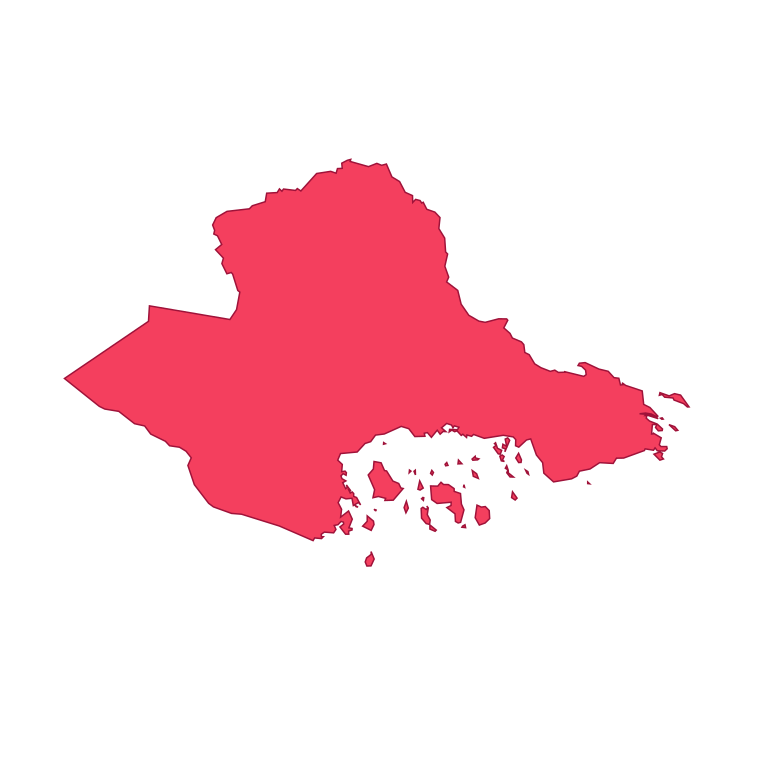 the district of Ghelaelo, Semenawi Keyih Bahri, Eritrea, rotated 120°
{"feature_id": "51966322B44831299318058", "entity_name": "Ghelaelo", "entity_type": "district", "adm_level": 2, "iso_a3": "ERI", "parent_name": "Eritrea", "parent_adm1": "Semenawi Keyih Bahri", "projection": "natural_earth1", "projection_center": [40.103, 14.909], "detail": "fine", "context": "isolated", "style": "filled", "palette": "rose", "viewbox_px": 768, "rotation_deg": 120, "n_neighbors": 0, "source": "geoboundaries", "source_scale": "gbopen_adm2", "svg_char_len": 6206}
<svg xmlns="http://www.w3.org/2000/svg" viewBox="0 0 768 768"><g transform="rotate(120 384 384)"><path d="M555.1,367.1L552.0,367.1L549.1,360.8L546.6,360.2L547.5,361.9L545.5,363.2L542.1,361.6L538.1,353.2L534.0,352.9L531.4,356.4L528.8,353.5L524.5,352.5L523.9,350.1L525.4,348.9L529.8,350.7L533.3,342.2L531.7,339.4L529.1,341.1L526.4,338.7L525.1,339.4L526.1,342.5L516.9,343.9L511.7,351.2L521.0,355.0L513.7,358.1L509.7,364.4L503.3,364.7L502.5,359.5L499.0,354.6L504.6,349.8L499.4,346.9L500.4,343.8L496.0,351.0L496.5,354.0L494.0,355.5L493.4,357.6L495.3,358.7L493.4,361.5L493.2,359.2L490.2,366.1L491.9,364.1L493.8,364.9L490.1,370.4L487.0,368.6L487.0,373.1L485.1,375.3L482.1,374.6L482.0,371.2L479.6,372.2L478.9,374.2L481.1,376.8L474.5,379.9L473.1,386.0L466.0,386.9L456.3,373.2L445.0,370.7L440.6,366.7L432.5,365.8L427.1,358.7L412.1,347.9L410.3,340.2L414.1,331.0L408.8,322.4L406.5,324.5L404.4,322.1L406.5,316.3L397.4,314.8L399.4,310.3L395.6,309.1L394.3,306.6L393.2,312.3L386.8,310.0L385.8,305.0L387.4,302.4L385.1,302.2L384.0,297.5L386.8,297.5L390.5,304.5L392.9,303.6L390.0,302.2L390.0,299.0L388.1,297.3L389.9,291.4L388.1,290.6L389.0,285.8L386.7,286.7L385.5,282.0L382.9,281.2L380.9,270.0L368.8,255.1L365.2,245.6L366.3,242.1L371.7,239.2L371.3,235.7L361.2,232.6L358.2,229.5L369.3,216.5L372.8,207.3L381.3,201.0L384.0,188.2L372.3,174.1L367.4,171.0L361.8,171.2L354.6,163.1L344.3,157.9L338.2,145.8L332.0,145.6L328.3,139.4L311.4,125.2L309.6,125.4L306.6,117.5L303.8,117.3L305.2,113.9L301.7,107.4L298.5,106.4L296.8,107.9L299.7,112.9L299.0,115.2L292.0,117.0L291.9,126.0L292.4,125.8L293.5,127.3L284.9,131.3L282.7,127.5L285.9,127.1L287.4,123.0L285.2,119.8L283.7,120.3L282.1,127.4L283.3,135.5L282.5,139.8L280.1,140.5L280.8,142.0L279.6,141.5L276.9,129.2L277.0,137.1L282.0,147.8L278.4,143.0L276.3,137.5L275.9,131.1L274.9,130.8L271.4,141.9L271.8,148.9L260.9,156.9L264.4,174.0L263.9,178.5L264.9,176.5L266.6,178.7L261.6,183.5L263.5,188.0L260.9,196.2L263.6,205.3L264.9,220.5L268.3,225.2L271.0,225.2L269.9,221.7L271.2,216.4L274.8,213.6L277.5,214.8L283.2,234.4L283.2,233.0L286.8,238.8L286.6,243.0L289.9,246.3L291.4,256.2L291.2,263.6L286.0,272.9L286.3,277.8L280.0,282.6L278.8,286.0L280.0,295.8L277.2,300.1L275.5,308.3L266.9,308.7L266.3,310.3L270.2,317.3L280.0,327.2L282.1,333.3L282.1,344.9L276.3,357.1L266.1,366.9L264.3,380.8L259.1,381.4L251.6,390.2L239.6,393.9L238.8,396.7L227.3,404.4L222.0,414.2L211.9,418.7L209.7,425.9L211.3,434.3L207.0,440.9L208.4,441.8L207.1,444.5L208.3,448.9L212.4,449.9L206.6,453.5L207.4,461.5L200.9,471.7L200.7,480.7L192.3,491.9L195.8,495.4L196.5,500.5L203.5,506.1L208.2,524.6L206.1,525.1L208.7,527.7L213.9,531.0L218.1,528.0L220.7,532.0L225.4,530.9L226.5,536.5L235.4,547.6L258.4,552.5L258.1,556.8L260.6,557.4L265.4,568.5L268.1,568.8L267.3,572.1L271.6,572.2L277.4,581.0L285.5,578.0L295.5,587.2L299.6,588.2L313.0,606.3L323.8,612.5L332.0,611.9L335.6,607.5L339.2,606.4L338.9,602.3L344.3,594.3L351.9,597.1L355.3,586.0L360.8,584.6L367.1,575.2L363.8,572.0L364.5,570.0L376.1,557.4L376.5,554.8L393.3,548.9L405.2,549.7L433.6,626.2L447.5,619.3L539.0,663.5L545.7,619.4L545.3,613.3L540.3,600.0L543.1,580.2L540.0,570.3L544.0,561.0L542.9,544.7L544.7,538.8L541.0,529.5L541.2,521.8L544.3,514.0L552.6,513.1L566.0,497.9L575.0,476.2L575.7,470.3L572.3,451.3L568.0,442.3L559.3,403.6L555.1,367.1ZM480.0,317.9L464.9,315.1L465.6,317.4L462.8,321.5L463.6,327.8L458.0,338.3L458.7,340.3L453.7,347.1L456.1,353.9L463.0,350.7L470.7,352.2L480.2,339.3L488.0,336.7L484.2,332.6L482.2,325.4L484.4,325.0L480.0,317.9ZM465.5,248.5L453.0,251.8L449.3,256.9L440.6,263.0L441.9,269.5L439.5,271.0L438.9,277.9L441.3,282.2L440.6,285.5L445.6,286.4L449.0,292.7L460.3,284.9L460.9,278.3L452.8,266.7L455.7,265.2L459.6,267.8L460.9,257.6L467.3,253.4L467.3,250.3L465.5,248.5ZM454.2,238.2L458.5,230.9L453.8,226.9L447.7,225.2L441.0,229.6L439.5,235.0L441.9,238.1L442.4,242.9L454.2,238.2ZM252.2,109.8L251.3,108.4L245.3,121.6L247.1,127.6L251.7,131.1L253.5,140.7L256.1,139.9L254.0,137.8L255.1,134.4L251.6,126.7L252.9,124.8L251.2,114.8L252.2,109.8ZM482.8,274.3L478.7,276.0L475.5,281.2L469.2,283.7L468.3,286.0L469.2,284.2L471.6,284.7L471.3,288.7L473.2,289.6L481.4,284.4L483.8,277.7L482.8,274.3ZM548.0,304.3L540.5,305.0L535.6,311.4L537.9,309.9L543.3,312.1L547.5,311.3L550.2,307.8L548.0,304.3ZM517.2,321.9L510.7,322.4L508.0,324.6L506.6,332.6L511.3,329.9L517.8,331.4L517.2,321.9ZM309.2,104.5L308.3,107.3L304.9,108.0L305.0,111.2L309.8,115.1L312.0,107.0L309.2,104.5ZM382.3,245.4L369.9,247.0L368.8,249.9L371.1,251.5L376.7,246.6L376.7,250.9L380.1,249.6L379.4,246.4L382.3,245.4ZM386.6,248.2L382.6,248.9L382.9,253.6L379.1,258.0L380.4,258.5L380.9,256.2L384.1,257.5L387.4,250.1L386.6,248.2ZM484.6,300.6L479.3,300.9L474.4,306.0L481.0,304.8L484.6,300.6ZM458.2,302.0L457.8,299.7L454.5,298.0L450.1,304.6L458.2,302.0ZM383.4,226.1L381.0,227.0L376.7,232.8L382.2,232.9L384.7,228.1L383.4,226.1ZM418.6,216.7L418.9,212.4L416.3,211.7L413.1,218.8L418.6,216.7ZM414.8,264.3L419.3,260.5L418.6,255.1L415.4,258.9L414.8,264.3ZM486.7,271.7L486.0,266.1L484.4,265.7L483.1,273.8L486.7,271.7ZM399.5,233.3L401.5,228.3L399.8,225.3L398.8,231.8L396.6,233.3L393.4,236.9L396.3,236.8L396.4,233.8L399.5,233.3ZM276.7,116.9L278.7,108.0L277.2,106.4L275.6,110.9L276.7,116.9ZM391.9,244.0L390.9,241.0L390.7,243.3L386.7,243.7L386.4,246.2L388.6,247.6L391.9,244.0ZM416.2,280.0L414.1,276.7L412.6,281.5L416.2,280.0ZM405.6,269.0L402.9,265.0L401.4,264.4L402.3,267.9L401.0,268.9L405.0,270.2L405.6,269.0ZM438.7,296.7L435.9,296.9L434.9,299.4L438.1,299.0L438.7,296.7ZM469.1,244.9L467.6,241.5L465.4,243.5L467.8,244.9L469.1,244.9ZM424.0,289.7L422.5,287.9L420.6,290.4L423.0,291.0L424.0,289.7ZM444.6,314.4L447.0,311.3L443.0,313.8L444.6,314.4ZM465.1,291.7L462.6,292.7L462.8,293.6L464.6,294.1L465.1,291.7ZM445.8,318.9L448.3,317.8L446.0,317.1L445.8,318.9ZM387.8,218.4L389.8,215.5L390.0,213.6L387.9,215.6L387.8,218.4ZM275.4,127.4L275.6,125.7L274.8,124.7L274.2,126.2L275.4,127.4ZM431.2,264.4L433.3,263.7L433.2,262.5L431.2,264.4ZM504.2,346.7L503.6,344.9L503.6,348.5L504.2,346.7ZM434.9,355.0L436.4,354.3L435.0,352.9L434.9,355.0ZM367.0,158.6L368.4,157.8L367.6,156.0L367.0,158.6ZM497.5,330.0L498.0,328.2L497.7,327.7L497.1,327.8L497.5,330.0ZM279.4,143.4L278.4,140.9L278.6,142.3L279.4,143.4Z" fill="#f43f5e" stroke="#9f1239" stroke-width="1.5"/></g></svg>